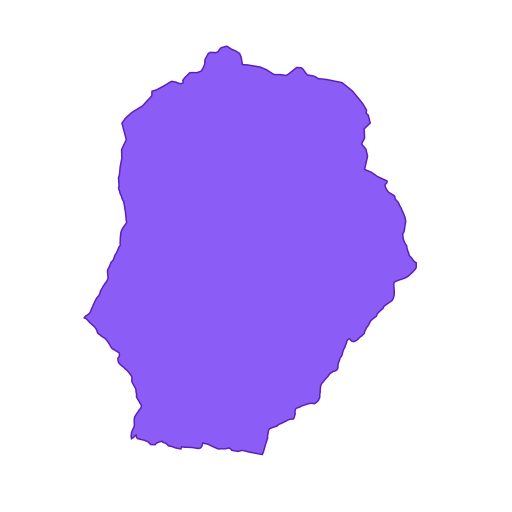 outline of Ceru-Bacainti, Alba, Romania, rotated 9°
{"feature_id": "2599482B65582227773897", "entity_name": "Ceru-Bacainti", "entity_type": "district", "adm_level": 2, "iso_a3": "ROU", "parent_name": "Romania", "parent_adm1": "Alba", "projection": "robinson", "projection_center": [23.275, 46.006], "detail": "fine", "context": "isolated", "style": "filled", "palette": "violet", "viewbox_px": 512, "rotation_deg": 9, "n_neighbors": 0, "source": "geoboundaries", "source_scale": "gbopen_adm2", "svg_char_len": 6106}
<svg xmlns="http://www.w3.org/2000/svg" viewBox="0 0 512 512"><g transform="rotate(9 256 256)"><path d="M336.5,392.8L337.1,392.5L337.8,391.9L339.4,390.1L340.0,389.2L340.3,388.5L340.7,387.3L340.9,386.2L341.1,385.9L340.9,384.1L340.6,382.8L340.7,381.2L340.7,380.1L340.5,379.5L340.2,375.5L340.2,374.5L340.7,372.0L341.0,371.4L342.2,369.7L343.0,367.9L345.9,363.7L346.8,361.7L347.2,361.0L347.6,360.4L349.3,358.9L350.4,357.9L351.6,357.4L353.1,356.4L353.5,356.0L354.0,355.2L354.4,353.5L354.2,352.5L354.0,349.4L354.9,345.3L354.8,344.0L356.2,341.2L356.5,340.3L356.6,339.4L356.7,337.2L357.1,335.0L357.7,333.0L358.1,332.3L358.2,331.8L358.2,331.0L359.0,327.4L359.1,325.6L359.3,325.0L359.7,324.4L360.2,323.8L360.7,323.4L361.1,323.3L361.5,323.4L362.0,323.7L362.7,324.4L363.5,324.9L364.3,325.2L365.4,325.3L366.2,325.2L366.7,324.9L367.7,324.2L368.9,323.2L369.8,322.1L371.0,320.4L371.8,319.4L373.1,318.2L373.7,317.2L374.7,316.1L375.0,315.5L375.1,314.0L376.3,309.8L377.0,308.4L377.4,307.8L378.1,306.2L378.7,304.0L379.4,302.3L380.3,300.9L382.5,298.4L383.9,297.1L384.3,296.6L384.5,295.8L384.5,295.0L384.7,294.5L385.0,293.9L386.6,291.5L389.6,288.0L390.2,286.0L391.5,284.2L392.9,283.0L394.6,281.3L396.1,279.9L397.2,278.8L397.8,277.8L398.2,276.2L398.5,274.1L398.6,272.3L397.9,268.4L396.9,264.4L396.5,262.1L396.4,261.0L396.7,260.3L397.6,259.4L398.8,258.7L400.6,257.6L402.7,256.5L406.4,254.6L408.7,252.9L410.2,251.3L412.0,248.9L413.5,247.1L414.2,245.9L415.4,244.1L415.7,243.4L416.0,242.4L416.0,241.7L415.9,240.7L415.4,238.4L415.4,237.7L412.9,236.5L412.3,236.1L410.1,233.7L407.7,231.8L407.0,230.9L406.5,229.5L404.6,226.3L403.8,224.4L403.3,222.6L403.0,222.0L401.9,221.0L401.3,220.3L400.3,218.8L399.1,216.7L398.3,214.5L397.4,211.4L397.9,210.1L398.4,208.8L398.5,206.6L398.4,205.5L398.4,204.8L398.5,204.1L398.4,202.1L398.5,200.5L398.5,198.8L398.3,197.7L396.9,194.1L395.9,192.5L395.5,191.7L394.3,189.8L392.8,187.7L392.3,186.7L391.8,185.9L389.6,183.2L388.4,181.1L385.9,179.1L384.5,177.7L384.1,176.9L383.7,175.2L383.1,174.8L381.5,174.1L379.2,173.2L377.7,172.7L376.7,172.0L375.6,171.0L373.3,168.2L372.8,167.3L372.5,166.2L372.5,165.3L372.8,164.6L373.8,163.2L373.9,162.0L373.7,161.5L372.8,161.1L363.2,158.4L356.7,155.2L349.7,153.5L350.6,140.0L347.8,133.2L342.8,128.9L344.8,122.4L342.9,113.6L348.0,106.8L344.9,99.4L342.4,97.7L342.4,94.7L337.4,88.6L325.5,78.0L313.8,71.3L297.8,70.6L295.3,70.8L292.0,70.9L289.8,71.1L285.8,69.4L282.7,69.1L278.6,69.2L276.5,67.5L273.2,64.1L271.2,63.0L266.6,63.5L259.3,71.6L257.3,73.0L251.8,73.0L246.2,73.9L244.2,73.5L237.3,70.4L230.6,68.7L217.6,68.6L212.7,69.1L210.2,61.8L208.1,58.5L203.7,56.6L199.2,55.5L194.4,53.3L188.9,55.8L187.9,57.3L186.7,60.0L184.7,61.4L179.1,62.0L177.3,63.3L174.9,69.9L175.3,74.6L174.3,78.7L172.9,82.0L168.7,84.3L167.6,84.3L161.9,85.3L157.6,91.3L156.2,94.0L156.2,94.3L157.0,95.4L156.9,96.1L156.3,97.0L154.8,97.5L152.4,97.5L149.9,96.8L146.9,96.7L145.2,96.7L143.0,98.5L139.2,101.8L131.5,107.6L127.5,109.5L128.0,114.1L120.5,125.4L110.8,133.8L105.6,140.2L102.8,145.8L109.7,161.3L106.6,172.0L108.2,180.2L107.9,189.1L108.4,197.1L108.0,200.2L108.1,201.2L108.5,202.6L108.8,204.1L109.4,206.2L109.7,207.7L109.8,208.8L109.6,209.4L109.6,210.4L110.6,212.6L111.0,213.1L111.6,214.4L112.0,215.6L113.3,217.3L115.0,220.7L116.7,222.9L118.4,227.4L119.0,229.3L119.3,230.8L119.8,231.6L122.9,243.3L122.9,243.6L120.3,248.6L119.7,250.1L119.2,251.8L118.8,254.6L119.1,257.4L119.1,259.1L119.2,260.2L119.4,261.1L119.5,262.0L119.6,262.8L119.7,264.3L119.9,265.1L120.1,265.4L120.2,266.0L119.9,267.5L119.2,268.7L118.9,270.2L118.5,271.4L118.3,272.8L117.7,274.7L117.5,275.4L116.8,276.7L116.6,277.6L116.4,278.1L116.2,279.4L115.7,281.9L115.5,282.5L114.9,283.4L113.9,284.8L113.7,285.5L113.0,288.9L112.6,289.9L111.8,292.5L111.7,293.3L111.7,294.2L112.0,295.6L112.5,297.6L112.9,299.0L113.2,300.2L113.2,301.3L113.0,302.9L112.3,304.9L111.5,306.0L110.9,307.4L110.4,308.7L109.8,309.6L109.4,311.0L108.3,313.9L107.9,314.6L107.8,315.6L107.7,317.5L107.2,318.8L106.9,319.8L105.3,322.3L104.9,323.4L104.2,325.4L103.4,328.3L102.8,330.1L102.7,331.1L102.1,332.9L101.5,335.7L101.2,337.1L100.8,338.0L100.4,338.8L99.3,340.0L98.6,340.7L97.6,341.5L96.9,342.2L96.0,343.9L98.1,344.5L99.6,345.6L102.6,348.0L107.5,351.1L108.4,351.9L109.5,353.1L110.4,354.5L111.5,356.6L112.0,357.2L113.8,358.1L116.2,359.5L117.4,360.0L119.5,360.9L120.4,361.4L122.4,363.2L123.8,364.6L126.7,368.2L127.7,369.3L128.6,370.1L131.1,371.0L133.9,372.2L135.0,372.6L135.7,372.9L136.1,373.4L136.7,375.2L136.6,375.9L136.4,377.1L136.0,377.5L135.7,378.1L135.7,379.4L136.3,381.5L136.7,382.2L137.3,383.1L138.1,383.9L139.0,384.3L139.4,384.7L141.1,385.8L142.9,386.7L143.4,387.2L144.1,387.8L146.5,389.2L148.5,390.8L149.6,391.9L150.6,392.8L152.2,394.7L152.5,395.3L152.6,396.6L152.8,398.9L153.4,400.0L157.7,405.7L158.3,406.8L158.8,409.1L159.5,410.6L159.8,412.3L159.9,413.1L160.0,413.9L160.7,414.9L161.9,416.3L163.2,417.8L164.2,419.2L166.0,421.2L166.2,421.7L166.3,422.7L166.0,423.8L165.9,424.5L164.7,426.3L163.9,428.3L162.5,431.0L161.4,433.7L161.2,435.2L161.4,436.0L161.3,436.9L161.7,439.2L162.2,441.2L162.3,442.3L162.3,443.7L162.0,444.7L161.7,445.7L161.0,448.1L160.7,450.3L160.8,452.9L161.0,454.0L161.6,455.9L163.6,454.1L164.1,453.1L164.5,452.4L165.1,451.9L165.7,451.6L165.8,452.8L166.5,453.9L167.1,454.5L167.6,454.9L174.8,455.5L178.8,456.6L181.0,458.4L181.9,458.7L182.2,458.7L186.0,458.1L186.4,457.2L187.2,456.3L189.7,454.7L192.3,453.7L193.1,454.5L196.7,455.2L199.1,457.2L203.1,457.4L206.3,458.1L208.6,458.2L212.0,458.3L212.4,456.0L214.9,456.1L218.6,455.6L223.4,455.1L229.2,455.2L231.1,454.4L231.9,453.2L232.4,451.9L232.6,449.1L237.9,449.4L242.8,450.9L248.8,452.5L250.5,452.1L256.0,451.2L259.0,449.9L260.8,450.2L261.8,451.2L262.5,451.7L269.0,451.8L272.5,450.2L275.0,450.2L279.5,450.7L293.3,451.1L294.0,448.2L294.9,440.5L296.0,434.1L295.6,432.6L295.7,426.0L296.0,425.1L296.7,424.2L301.3,421.7L303.3,420.8L303.6,420.5L304.5,419.1L310.0,415.4L313.1,413.1L315.3,411.8L318.3,411.2L318.9,410.2L319.3,407.0L319.4,405.3L318.8,404.4L318.8,403.4L319.0,401.3L319.5,400.1L322.7,398.5L324.0,397.3L327.3,395.5L331.8,393.3L334.1,392.7L336.5,392.8Z" fill="#8b5cf6" stroke="#5b21b6" stroke-width="1.5"/></g></svg>